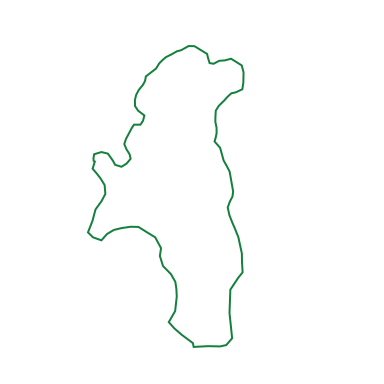 the district of Hadong-gun, South Gyeongsang, South Korea, rotated 208°
{"feature_id": "91817680B17319558643664", "entity_name": "Hadong-gun", "entity_type": "district", "adm_level": 2, "iso_a3": "KOR", "parent_name": "South Korea", "parent_adm1": "South Gyeongsang", "projection": "mercator", "projection_center": [127.804, 35.134], "detail": "fine", "context": "isolated", "style": "outline", "palette": "green", "viewbox_px": 384, "rotation_deg": 208, "n_neighbors": 0, "source": "geoboundaries", "source_scale": "gbopen_adm2", "svg_char_len": 1554}
<svg xmlns="http://www.w3.org/2000/svg" viewBox="0 0 384 384"><g transform="rotate(208 192 192)"><path d="M117.8,56.0L105.5,63.4L94.6,68.9L89.9,72.9L87.9,81.7L102.1,102.8L112.3,123.8L110.9,138.1L109.6,144.8L115.0,153.7L119.1,161.1L129.8,173.8L137.6,180.4L141.9,183.8L148.0,189.0L153.2,195.1L154.1,201.6L154.1,206.8L155.8,211.6L163.6,221.6L168.4,227.7L174.0,231.6L178.8,234.6L187.9,244.2L195.8,247.2L196.6,251.1L197.9,255.5L200.5,260.3L204.4,265.0L206.6,269.4L209.2,275.0L208.8,280.7L206.6,287.6L205.3,292.8L203.6,297.6L200.1,300.6L195.8,306.3L197.9,312.4L200.5,317.6L202.7,321.9L207.5,327.1L214.0,327.6L220.1,328.0L224.8,323.6L229.6,320.6L233.1,315.4L237.0,314.1L240.9,318.0L243.5,321.0L258.3,321.9L263.5,319.3L268.3,311.9L271.3,309.3L274.3,304.5L278.3,298.9L280.0,294.6L281.3,290.2L281.7,284.1L287.0,272.4L285.6,268.1L285.6,263.7L286.9,257.2L286.9,251.6L285.6,246.4L282.6,241.1L277.8,238.5L270.0,237.2L268.7,232.0L269.1,227.3L274.8,224.2L275.2,220.3L275.2,207.7L274.3,202.5L270.0,199.0L264.8,196.0L261.8,192.5L263.1,186.4L266.1,181.2L272.6,179.9L276.5,182.5L284.3,186.4L290.8,184.7L296.1,179.4L294.8,175.4L293.4,173.3L292.1,173.3L290.7,165.9L285.3,163.8L279.2,161.1L272.4,157.1L267.6,149.6L267.6,141.4L269.0,131.3L266.3,119.7L264.9,107.5L258.1,105.5L249.3,106.8L247.3,115.0L243.2,121.8L237.1,127.2L229.7,132.6L222.9,136.0L212.7,135.3L203.2,134.7L193.0,127.9L190.3,120.4L182.8,113.0L172.0,109.6L164.5,104.8L160.5,99.4L156.4,92.6L151.0,79.0L151.4,66.2L143.6,63.3L134.1,61.1L120.3,59.0L117.8,56.0Z" fill="none" stroke="#15803d" stroke-width="2"/></g></svg>